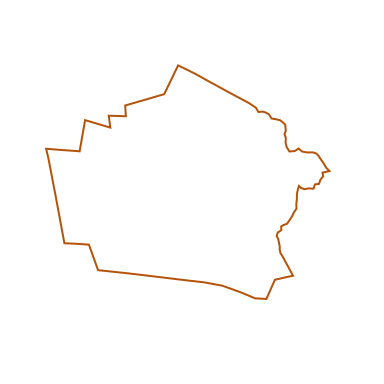 Monsenhor Gil, Piauí, Brazil (Natural Earth projection), rotated 342°
{"feature_id": "56859067B91123658252289", "entity_name": "Monsenhor Gil", "entity_type": "district", "adm_level": 2, "iso_a3": "BRA", "parent_name": "Brazil", "parent_adm1": "Piauí", "projection": "natural_earth1", "projection_center": [-42.544, -5.616], "detail": "fine", "context": "isolated", "style": "outline", "palette": "amber", "viewbox_px": 384, "rotation_deg": 342, "n_neighbors": 0, "source": "geoboundaries", "source_scale": "gbopen_adm2", "svg_char_len": 1273}
<svg xmlns="http://www.w3.org/2000/svg" viewBox="0 0 384 384"><g transform="rotate(342 192 192)"><path d="M262.2,302.8L258.2,281.0L257.3,277.6L257.6,273.7L258.6,271.0L259.5,263.2L258.9,260.0L261.0,257.1L265.1,255.9L266.3,252.2L269.0,251.7L272.5,251.6L277.7,247.6L279.9,245.8L282.6,242.9L286.2,240.1L287.6,235.4L289.4,231.5L291.2,226.2L293.9,221.7L295.6,219.3L297.2,222.1L300.0,224.2L303.6,224.5L306.2,225.5L308.6,226.4L311.3,222.8L315.3,223.5L318.0,219.9L321.5,217.7L322.1,213.9L324.9,214.2L329.2,214.5L327.1,210.3L325.9,204.9L324.6,200.7L323.5,196.7L322.3,194.0L319.5,191.8L313.4,189.8L309.3,187.6L306.8,183.6L302.3,184.8L297.2,183.6L295.9,178.5L296.2,174.1L298.0,169.5L297.8,165.7L300.1,162.8L301.5,156.8L300.1,154.2L298.0,151.0L293.9,148.5L290.4,146.7L289.1,141.8L286.3,138.9L283.9,137.3L279.9,136.5L278.8,131.6L273.8,125.2L261.1,112.0L243.3,93.2L231.0,80.0L217.9,67.3L195.8,90.4L190.6,90.2L161.7,89.3L155.2,89.1L153.8,94.4L152.5,99.5L136.4,93.7L134.2,105.5L112.5,90.6L97.7,118.6L92.0,116.2L83.8,112.9L66.6,105.8L65.9,114.9L61.4,151.2L54.8,201.3L65.7,205.4L77.7,210.2L78.5,237.3L105.6,249.4L116.9,254.6L160.1,274.6L175.9,281.8L191.9,290.5L207.6,302.7L219.1,312.6L229.7,316.7L243.7,301.1L253.9,302.0L262.2,302.8Z" fill="none" stroke="#b45309" stroke-width="2"/></g></svg>